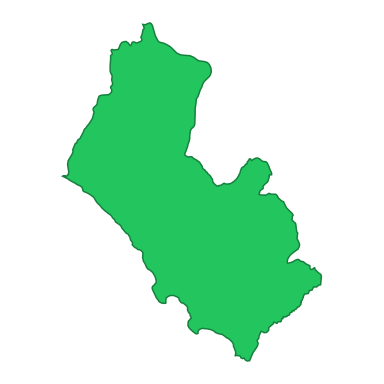 Kaur, Bengkulu, Indonesia
{"feature_id": "22746128B79405855452274", "entity_name": "Kaur", "entity_type": "district", "adm_level": 2, "iso_a3": "IDN", "parent_name": "Indonesia", "parent_adm1": "Bengkulu", "projection": "equal_earth", "projection_center": [103.389, -4.591], "detail": "fine", "context": "isolated", "style": "filled", "palette": "green", "viewbox_px": 384, "rotation_deg": 0, "n_neighbors": 0, "source": "geoboundaries", "source_scale": "gbopen_adm2", "svg_char_len": 5984}
<svg xmlns="http://www.w3.org/2000/svg" viewBox="0 0 384 384"><path d="M62.6,176.2L68.5,179.2L69.7,180.3L76.0,183.7L76.5,184.3L78.0,184.9L78.5,185.3L79.2,185.4L81.1,186.5L81.8,187.2L82.5,188.5L82.9,190.4L83.5,191.4L86.3,192.5L88.0,193.3L91.3,195.4L93.9,197.5L95.4,200.2L97.2,202.8L101.1,206.6L101.4,207.5L104.8,210.7L107.6,212.8L108.1,213.4L109.4,214.1L111.0,215.4L111.8,216.4L112.6,217.9L114.5,219.6L115.6,222.0L120.0,225.0L121.1,226.3L121.9,228.1L125.6,232.5L126.3,233.3L127.9,234.0L130.0,237.4L130.2,238.8L130.6,239.2L130.7,240.3L132.0,241.7L132.5,242.6L132.3,244.7L132.4,245.0L134.1,246.8L135.3,247.7L136.7,248.4L137.5,249.3L138.1,249.6L140.3,249.9L142.3,251.7L143.0,253.2L142.7,254.9L142.8,256.4L142.5,257.5L143.0,258.8L143.4,261.2L145.0,263.5L145.7,265.4L146.4,266.5L146.5,267.3L148.2,269.4L149.6,269.8L152.6,272.4L155.1,276.5L156.1,280.4L156.2,281.6L156.0,282.7L154.5,284.7L152.6,286.4L152.2,287.4L152.2,288.5L152.7,290.0L156.5,298.0L158.1,299.9L158.7,301.2L159.8,302.1L161.5,303.0L164.7,303.4L165.7,303.2L165.9,302.8L165.8,300.3L166.0,298.7L166.6,297.7L167.5,296.9L169.8,295.6L173.3,295.4L176.7,296.7L178.1,297.5L179.0,298.5L179.2,300.0L180.3,301.7L181.6,302.9L183.2,303.1L184.2,303.9L186.7,305.9L187.6,307.6L187.7,308.5L187.4,309.1L187.7,310.5L188.5,312.3L190.0,314.0L190.2,314.4L190.2,315.8L191.2,317.4L191.1,318.4L190.7,318.7L190.4,318.7L189.3,320.4L188.6,320.9L188.2,321.8L187.9,325.4L188.9,327.5L190.1,329.0L192.5,331.2L195.5,333.6L196.8,333.8L197.4,333.7L198.1,333.1L198.0,331.4L199.0,329.9L200.3,329.0L202.0,328.4L207.7,328.9L210.5,329.6L212.2,330.1L213.9,331.1L215.8,332.7L218.4,333.7L222.1,334.4L224.5,336.0L226.4,337.6L228.9,338.9L230.4,340.2L232.0,341.9L233.3,343.8L233.5,346.5L234.5,348.3L234.6,349.3L235.6,351.5L235.7,354.0L235.3,355.1L235.2,355.7L235.6,355.8L236.2,355.4L239.9,355.9L240.3,356.3L241.1,358.0L242.8,358.6L244.1,358.1L244.9,359.3L246.1,360.6L247.7,361.0L248.4,360.7L249.0,360.9L249.6,360.7L252.8,353.0L256.5,347.6L257.8,345.0L258.1,343.2L257.3,341.2L257.3,340.0L258.7,338.5L259.1,335.7L261.1,331.4L262.4,331.6L263.6,332.5L264.5,332.7L266.3,332.5L267.8,331.4L268.8,329.8L268.7,328.5L269.1,327.2L273.1,324.0L274.0,322.1L276.7,323.3L277.1,323.2L278.1,321.9L278.9,321.6L280.5,321.8L281.2,321.2L281.7,319.0L283.0,318.5L282.8,317.5L282.9,317.2L283.5,317.1L284.0,316.6L284.5,317.0L285.2,316.8L285.7,316.9L286.2,316.4L286.9,316.4L287.9,315.3L289.1,315.2L289.7,314.0L289.8,312.9L291.9,312.1L291.9,311.2L292.7,311.2L293.6,310.5L294.2,310.7L294.4,309.9L296.3,308.9L297.6,307.0L298.8,306.9L300.8,304.5L301.0,304.0L300.7,303.4L300.8,303.0L301.4,302.5L301.4,302.1L300.9,301.3L302.2,300.2L302.4,299.1L303.3,297.5L303.4,296.4L304.4,294.1L304.9,293.8L305.7,294.0L308.3,293.4L309.4,290.6L312.0,290.1L313.5,287.0L316.5,287.0L319.0,285.0L320.6,284.8L321.4,276.5L320.8,274.4L318.2,272.6L315.3,269.7L314.8,268.6L314.7,267.8L313.9,268.0L312.5,269.2L311.5,269.5L310.8,269.4L309.9,268.2L309.8,267.4L310.0,266.1L309.8,265.7L306.3,264.1L303.3,261.7L300.6,261.2L298.8,259.6L297.6,259.4L296.2,259.8L293.1,261.6L290.9,262.5L288.3,263.2L287.6,263.1L287.2,261.9L287.5,259.8L288.3,257.9L290.0,255.4L292.5,253.1L298.0,249.1L299.4,246.2L299.5,244.6L299.2,243.2L297.0,238.4L297.7,233.0L296.7,231.7L295.7,223.8L295.4,223.1L294.3,222.3L291.8,219.8L292.3,217.8L292.3,216.6L293.1,215.2L292.4,213.7L286.8,208.2L285.4,205.8L283.5,201.7L281.4,200.8L278.5,198.1L277.1,195.5L275.6,194.2L270.8,194.2L270.0,193.6L268.9,193.4L265.5,195.4L264.7,195.0L262.0,195.1L259.6,194.7L259.1,194.3L259.0,193.6L259.7,192.7L259.7,191.5L260.9,190.0L263.1,188.6L263.1,186.2L264.4,184.7L267.2,182.2L267.5,182.1L268.1,180.7L269.3,176.6L269.2,176.4L269.4,174.9L271.6,174.8L271.7,173.7L271.2,172.0L270.0,169.8L269.1,167.0L267.3,163.1L266.0,161.8L262.4,161.3L259.5,158.8L257.6,158.0L255.9,158.1L253.3,159.4L251.7,160.6L250.6,159.0L249.4,158.9L248.6,160.5L247.3,162.0L247.0,163.8L245.7,164.2L244.2,166.4L242.3,167.3L241.6,168.0L240.6,170.5L239.9,173.3L239.1,174.5L238.4,176.1L236.8,178.7L234.3,181.1L230.7,183.6L227.2,184.1L226.3,184.1L224.1,183.3L223.1,183.7L222.6,184.2L221.1,185.2L218.7,185.6L217.9,186.2L217.4,186.2L215.3,184.8L213.1,182.4L212.7,181.3L212.5,179.5L210.5,176.2L209.4,175.0L208.1,174.1L207.4,172.7L205.8,171.4L205.0,170.1L202.9,168.7L202.4,167.5L202.0,165.9L199.5,162.2L195.7,159.5L193.6,158.5L192.0,156.9L189.3,156.7L188.3,157.1L186.4,156.2L185.1,155.3L184.8,154.4L184.9,153.5L186.1,150.6L187.6,146.3L188.0,144.3L189.0,141.8L189.7,139.0L189.7,136.6L190.0,133.2L190.5,130.4L191.5,128.7L193.6,126.9L194.5,125.3L194.8,123.2L195.1,115.6L195.2,108.1L195.9,103.8L196.4,98.8L198.1,96.3L200.3,89.8L201.6,87.5L202.8,84.0L203.8,82.1L204.2,81.5L209.0,76.8L210.3,75.0L211.1,72.6L211.3,71.4L210.9,67.9L209.5,64.9L208.8,63.9L207.3,62.5L205.0,61.7L198.4,60.7L193.5,57.2L189.9,55.7L182.2,55.1L180.3,54.7L178.9,54.1L176.8,53.1L171.7,48.0L169.4,46.1L164.3,43.4L159.0,42.0L158.3,41.3L157.4,39.8L155.2,35.4L152.4,25.5L151.3,23.8L150.3,23.0L149.0,23.1L145.1,24.8L142.8,24.4L144.0,27.3L144.0,28.8L143.0,29.7L142.0,34.8L141.2,36.4L140.9,37.5L141.9,39.2L141.8,40.3L141.0,41.3L136.5,43.1L134.7,42.2L133.3,41.9L132.2,42.3L130.9,45.3L130.3,45.7L129.6,45.0L128.3,43.1L127.0,42.1L126.0,41.5L125.4,41.4L121.9,42.4L120.3,44.6L118.9,48.1L118.3,49.4L114.0,50.0L112.0,49.4L111.3,49.9L111.1,50.7L112.1,53.0L112.2,54.0L111.8,54.9L110.9,55.3L110.6,56.1L110.7,58.4L110.2,64.4L110.1,68.6L110.2,71.3L110.5,72.4L111.9,75.3L112.2,76.7L111.8,78.4L111.7,80.1L112.7,83.6L112.4,84.7L110.7,86.8L110.7,87.7L111.8,90.0L111.5,92.0L111.3,92.5L108.7,94.7L102.0,95.1L99.9,95.7L99.1,96.3L98.6,97.4L97.7,100.2L97.0,104.5L93.6,107.7L93.1,108.9L93.2,110.2L94.1,112.5L93.4,114.3L93.0,116.5L92.2,118.8L90.8,121.1L88.5,124.5L87.0,126.2L86.0,127.8L84.4,129.3L83.3,132.1L80.1,138.3L79.3,139.1L78.2,139.5L77.5,140.9L77.0,141.4L77.2,142.0L76.6,143.2L75.4,143.3L72.7,149.8L73.1,151.6L71.9,154.5L68.2,160.7L67.6,164.7L68.7,171.6L68.5,173.5L68.2,174.8L67.3,175.1L66.4,176.5L65.4,175.8L63.5,175.7L62.6,176.2Z" fill="#22c55e" stroke="#15803d" stroke-width="1.5"/></svg>